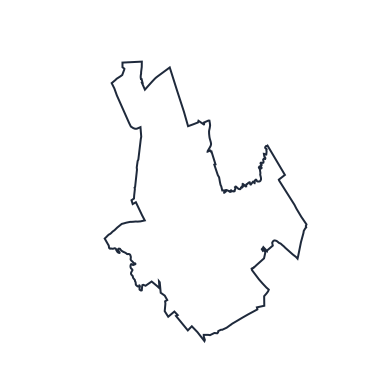 Krāslava, Kraslavas, Latvia (Natural Earth projection), rotated 71°
{"feature_id": "27541924B97112001727549", "entity_name": "Krāslava", "entity_type": "district", "adm_level": 2, "iso_a3": "LVA", "parent_name": "Latvia", "parent_adm1": "Kraslavas", "projection": "natural_earth1", "projection_center": [27.168, 55.899], "detail": "fine", "context": "isolated", "style": "outline", "palette": "slate", "viewbox_px": 384, "rotation_deg": 71, "n_neighbors": 0, "source": "geoboundaries", "source_scale": "gbopen_adm2", "svg_char_len": 6016}
<svg xmlns="http://www.w3.org/2000/svg" viewBox="0 0 384 384"><g transform="rotate(71 192 192)"><path d="M207.6,289.7L215.0,288.3L215.2,288.2L215.7,288.2L217.8,288.6L218.7,288.2L219.0,287.7L218.9,287.2L219.7,285.9L220.0,284.7L220.0,283.6L220.1,283.3L220.3,283.0L220.6,282.7L221.0,282.5L221.5,282.4L222.4,282.5L224.7,281.9L225.4,281.3L225.9,280.7L226.0,280.4L225.8,280.2L225.5,280.2L223.2,280.8L222.6,280.7L221.8,280.2L221.7,279.6L221.9,279.2L222.3,278.6L223.1,278.4L224.8,277.7L225.1,277.4L225.5,276.9L226.3,276.5L226.9,275.6L227.9,274.7L228.9,273.9L229.5,273.6L229.8,273.1L229.9,272.3L230.1,271.9L230.4,271.5L231.0,271.0L231.6,270.9L233.0,270.9L234.4,271.3L235.2,271.8L235.5,271.9L235.9,272.0L236.5,271.9L237.1,271.7L238.7,270.8L240.0,270.4L240.4,270.0L241.0,269.0L241.3,268.9L241.6,268.9L241.8,269.2L241.9,271.4L241.4,272.0L240.6,272.6L240.4,272.9L241.0,273.7L241.8,274.2L242.7,274.5L243.6,274.6L244.4,274.5L245.6,273.8L246.4,273.7L246.7,273.9L247.4,274.8L248.1,275.5L248.7,276.0L249.2,276.2L249.7,276.3L250.4,276.2L252.0,275.5L252.3,275.4L253.5,275.6L253.8,275.6L254.5,275.5L256.5,274.7L257.9,274.9L258.8,274.7L259.9,274.9L260.9,275.2L261.6,275.2L262.3,274.9L263.3,274.3L263.8,273.8L264.0,273.3L264.0,272.8L263.7,272.5L263.3,272.3L263.2,272.2L263.4,272.0L264.3,272.0L264.5,272.1L265.2,272.6L266.8,273.3L267.3,273.3L267.9,272.9L268.1,272.6L268.4,272.0L268.6,272.0L268.6,271.5L265.1,269.9L263.9,269.2L263.9,268.3L265.5,266.4L263.5,259.3L269.6,255.6L272.4,254.1L265.7,252.3L266.8,251.9L277.1,254.4L281.1,251.5L286.1,250.6L286.6,253.0L288.9,253.5L295.8,256.6L302.2,255.1L299.3,247.6L303.7,245.6L304.0,247.5L321.5,241.0L318.9,235.9L326.2,232.5L332.6,230.3L337.0,228.8L336.0,228.0L332.4,227.9L330.9,227.4L332.3,223.3L333.2,221.6L332.6,216.7L333.8,214.2L333.3,213.1L332.1,212.5L331.9,211.4L331.7,209.4L332.1,208.3L331.6,203.4L329.6,196.8L327.2,185.1L326.0,178.8L324.3,168.4L324.1,168.3L322.2,168.2L323.1,160.7L314.0,157.7L312.1,154.4L310.7,152.4L309.3,151.2L306.5,152.8L301.4,155.1L296.5,157.1L285.5,160.7L283.9,160.6L283.8,160.2L284.3,160.1L283.4,158.2L283.6,158.1L282.2,155.0L279.6,148.8L278.2,145.5L272.8,142.2L270.0,143.4L270.5,144.2L268.8,144.6L267.8,142.9L267.4,142.5L272.3,140.3L271.7,139.9L269.0,133.1L266.9,132.8L266.5,132.8L266.1,132.7L265.6,132.2L264.8,131.1L264.6,130.3L264.6,129.9L265.1,128.9L265.7,128.1L266.3,127.6L268.6,126.2L269.5,125.1L270.3,124.6L271.6,123.9L273.2,122.9L275.1,122.0L283.8,117.1L287.3,114.8L289.4,113.9L287.0,112.4L274.9,105.3L274.6,105.1L267.1,100.0L265.2,99.0L263.2,96.7L263.1,96.4L262.6,95.5L261.3,95.5L259.9,94.3L251.2,96.7L241.7,98.7L237.4,99.3L209.5,105.9L208.6,105.9L206.1,98.6L173.1,105.4L173.2,105.5L173.1,106.0L172.7,106.6L172.6,106.8L173.2,107.9L173.5,108.2L173.9,108.4L174.2,108.4L174.7,108.2L175.4,107.6L175.9,107.5L176.2,107.7L176.4,108.0L176.7,108.1L177.7,108.2L178.9,108.7L180.8,109.6L180.8,109.8L179.4,111.4L179.3,111.6L179.8,111.7L181.6,112.0L182.0,112.0L183.3,111.6L183.7,111.6L184.1,111.7L184.4,111.9L184.6,112.1L184.5,112.3L184.1,112.7L183.9,113.1L183.9,113.3L184.4,114.0L184.6,114.2L186.7,114.5L187.2,114.8L187.5,115.0L187.5,115.5L187.3,116.2L186.7,117.1L186.7,117.4L186.9,117.7L187.3,117.9L188.6,117.4L189.0,117.3L189.3,117.4L189.4,117.6L189.2,118.3L189.3,118.5L189.6,118.8L190.0,118.9L190.3,118.9L191.0,118.5L191.4,118.3L191.7,118.3L192.0,118.4L192.2,118.7L192.3,119.4L192.3,119.6L192.1,119.9L191.8,120.1L190.4,120.3L190.2,120.4L190.4,120.7L190.6,120.8L191.0,120.8L192.1,120.5L192.9,120.5L196.1,121.1L196.9,121.4L197.1,121.5L197.6,121.8L198.1,121.9L200.3,122.1L201.5,122.3L202.1,122.5L202.8,122.8L203.1,123.2L203.6,123.6L203.9,124.3L204.0,124.7L203.8,125.6L203.5,126.4L203.2,126.8L202.7,127.1L201.6,127.2L201.2,127.4L201.1,127.6L201.6,128.8L201.7,129.0L203.9,129.8L204.0,129.9L203.8,130.1L202.2,130.7L202.1,130.9L204.1,134.0L203.9,134.3L203.6,134.4L202.5,134.3L201.6,134.3L201.5,134.6L201.7,135.7L202.4,137.0L202.3,137.4L202.6,138.2L204.3,138.9L204.2,139.5L203.5,140.0L202.7,140.1L200.9,141.3L201.0,141.6L202.4,141.7L203.5,142.1L203.9,142.9L203.1,143.2L203.2,143.4L203.9,143.7L203.9,144.4L204.6,144.8L205.0,145.5L204.9,145.9L204.2,147.0L203.2,147.6L201.5,148.5L201.1,148.8L201.1,149.2L201.4,149.5L201.5,149.8L202.1,149.7L202.7,149.9L203.4,150.2L203.6,150.4L203.7,150.7L204.1,150.9L204.8,151.2L205.1,151.5L205.1,152.3L204.6,152.7L204.4,153.8L204.1,154.0L203.4,154.3L203.1,154.5L203.3,155.0L204.4,155.5L204.3,155.9L204.2,156.1L203.9,156.4L203.3,156.5L203.1,156.7L202.8,157.3L202.5,157.5L202.1,157.8L201.8,158.3L201.5,158.6L201.3,158.9L201.2,159.1L201.2,159.3L201.6,159.5L202.2,159.5L202.4,159.7L202.5,159.8L202.7,160.3L203.3,161.9L203.5,162.1L203.9,162.3L202.7,161.6L201.1,160.7L200.4,162.9L196.2,162.5L194.6,162.7L192.1,162.4L191.4,162.3L186.9,161.6L184.5,162.1L173.4,162.0L173.5,160.8L160.3,160.4L160.4,160.8L158.8,161.1L158.9,164.1L158.6,164.0L158.3,163.7L155.7,160.7L154.6,159.5L154.1,159.1L153.2,158.5L152.3,158.2L150.8,158.0L147.1,157.8L145.7,157.6L142.6,156.9L140.1,156.1L139.0,155.5L137.4,154.5L134.9,153.2L133.7,152.9L130.2,152.3L129.8,153.2L130.2,158.1L131.0,158.1L132.0,158.6L132.0,158.8L126.8,162.7L128.2,163.7L128.4,168.6L128.5,174.3L113.6,173.5L91.0,173.1L67.0,172.5L71.4,186.6L72.1,188.7L72.7,190.1L74.7,193.9L77.4,198.8L79.9,203.2L72.5,203.8L72.7,203.2L68.8,202.9L68.6,203.5L67.3,203.3L66.3,203.0L64.9,202.4L63.5,201.6L62.1,201.1L57.4,198.8L52.4,197.0L49.3,207.7L47.0,215.6L51.4,217.1L53.4,215.8L54.2,216.2L58.7,219.9L59.4,222.3L60.4,226.4L61.2,228.0L62.9,232.5L68.7,231.7L76.2,231.6L106.3,229.0L110.2,228.5L112.5,226.7L113.7,225.2L114.2,223.6L113.9,219.6L123.2,222.0L125.3,223.2L143.9,232.2L145.0,233.3L150.3,236.0L151.2,236.4L152.5,236.6L153.5,237.0L168.8,244.2L169.2,244.9L170.5,245.0L176.2,247.7L179.3,249.0L180.1,251.9L184.1,252.0L183.4,248.4L197.6,246.8L203.5,245.9L203.0,250.3L202.3,253.0L201.5,255.1L201.1,256.9L200.6,258.7L200.1,260.3L199.6,264.2L199.5,266.5L199.3,268.8L201.3,274.3L202.9,277.7L203.6,280.0L204.6,282.0L205.0,283.2L205.1,284.2L205.7,285.8L206.5,287.3L207.6,289.7Z" fill="none" stroke="#1e293b" stroke-width="2"/></g></svg>